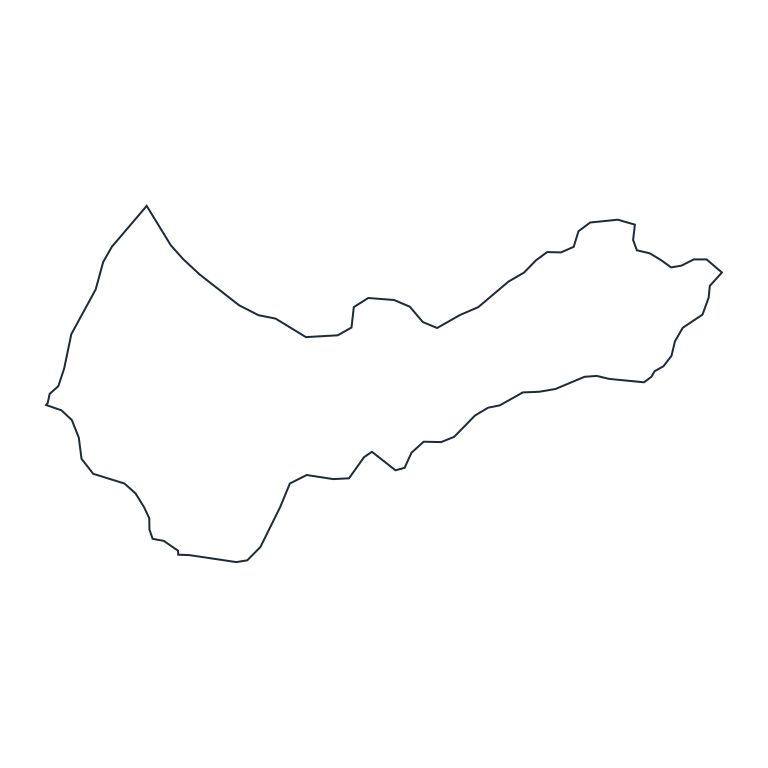 the Special Municipality of Taichung City
{"feature_id": "TWN-1174", "entity_name": "Taichung City", "entity_type": "Special Municipality", "adm_level": 1, "iso_a3": "TWN", "parent_name": "Taiwan", "parent_adm1": "", "projection": "robinson", "projection_center": [120.974, 24.233], "detail": "fine", "context": "isolated", "style": "outline", "palette": "slate", "viewbox_px": 768, "rotation_deg": 0, "n_neighbors": 0, "source": "natural_earth", "source_scale": "10m", "svg_char_len": 1302}
<svg xmlns="http://www.w3.org/2000/svg" viewBox="0 0 768 768"><path d="M46.1,405.0L47.7,403.0L49.7,393.8L58.3,386.2L64.2,368.4L71.3,334.2L95.7,289.4L103.2,262.0L111.9,246.7L146.7,205.9L170.8,245.3L183.2,259.2L199.7,274.5L239.1,305.3L258.5,315.2L275.6,318.6L305.9,337.1L337.8,335.3L351.5,327.5L353.8,307.1L368.2,298.0L394.0,300.0L409.8,306.7L422.9,322.1L437.1,328.0L460.2,314.9L478.3,307.1L508.6,281.5L524.0,272.6L536.0,260.3L547.1,252.1L561.0,252.4L573.7,246.8L578.5,231.2L588.2,224.0L590.2,222.5L617.9,219.7L625.3,221.9L634.9,224.6L633.1,240.0L636.9,250.3L649.8,253.3L661.3,260.3L671.1,267.4L681.3,265.7L693.8,259.4L706.6,259.4L721.9,272.5L709.8,285.9L708.7,297.5L702.5,314.6L682.7,327.8L674.9,341.5L671.5,355.8L663.5,366.2L654.6,371.2L651.4,376.8L644.0,382.3L609.0,378.9L596.7,375.9L584.5,376.8L555.4,389.0L539.0,391.8L522.8,392.4L499.7,405.4L488.1,407.7L474.9,415.6L454.2,436.8L441.1,442.1L423.7,441.7L411.5,452.7L404.6,467.8L395.5,470.3L371.9,451.8L364.1,457.1L349.0,478.3L333.2,479.1L306.7,475.0L289.9,483.5L280.2,507.0L260.4,547.0L247.3,560.3L236.3,562.1L189.2,555.1L178.2,554.7L178.1,550.8L163.8,540.9L152.6,538.8L149.4,529.4L149.3,518.4L144.1,507.3L135.6,493.5L124.4,483.5L93.2,473.8L81.5,458.7L78.8,437.6L71.8,420.0L61.4,410.3L46.1,405.0Z" fill="none" stroke="#1e293b" stroke-width="2"/></svg>